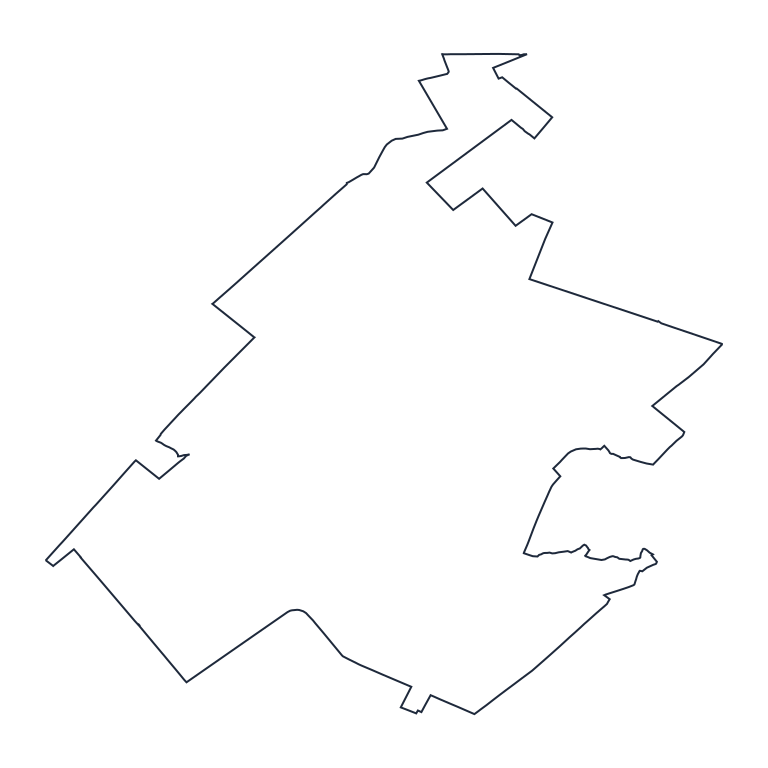 Sinesti, Ialomita, Romania
{"feature_id": "2599482B7496910182319", "entity_name": "Sinesti", "entity_type": "district", "adm_level": 2, "iso_a3": "ROU", "parent_name": "Romania", "parent_adm1": "Ialomita", "projection": "natural_earth1", "projection_center": [26.424, 44.577], "detail": "fine", "context": "isolated", "style": "outline", "palette": "slate", "viewbox_px": 768, "rotation_deg": 0, "n_neighbors": 0, "source": "geoboundaries", "source_scale": "gbopen_adm2", "svg_char_len": 5370}
<svg xmlns="http://www.w3.org/2000/svg" viewBox="0 0 768 768"><path d="M684.3,432.0L652.3,406.0L676.5,386.2L678.3,385.0L688.8,377.0L703.6,364.3L706.6,361.0L713.0,353.9L721.9,344.6L721.9,343.9L710.0,339.8L673.6,327.5L661.3,323.3L658.3,321.1L657.7,321.7L529.4,279.1L545.2,238.9L552.5,222.5L531.6,214.2L515.6,225.8L482.6,188.5L453.2,210.0L426.8,182.6L469.2,151.2L511.5,119.9L520.8,127.6L522.9,129.0L524.7,131.2L528.5,133.9L529.4,134.3L534.4,138.4L543.3,127.9L552.2,117.3L516.6,88.5L516.1,88.7L508.7,82.7L502.2,77.3L498.6,78.6L493.1,67.9L510.0,61.1L527.0,54.2L523.7,54.3L521.7,55.0L519.4,55.2L518.7,54.3L498.1,53.9L462.9,54.2L459.0,54.2L457.6,54.2L450.8,54.2L448.1,54.3L445.5,54.3L443.4,54.3L442.7,54.1L442.2,54.2L442.6,55.2L442.8,55.7L443.4,57.3L443.9,58.5L444.4,60.2L446.8,66.4L448.0,69.4L448.6,71.1L448.7,71.5L448.7,71.8L448.5,72.1L448.2,72.6L447.8,73.1L447.2,73.9L445.9,74.2L444.2,74.6L440.2,75.6L434.4,77.0L430.6,77.9L428.3,78.3L426.6,78.7L424.4,79.3L421.2,80.3L418.9,80.8L447.0,128.8L442.8,130.3L437.3,130.6L427.7,131.8L423.3,133.0L418.3,134.7L407.5,136.9L402.4,138.6L395.7,138.9L391.7,140.7L386.8,144.5L385.8,145.8L384.8,147.1L383.0,150.3L379.3,157.1L374.1,167.6L368.7,173.6L366.8,174.2L363.2,174.1L361.4,174.8L359.0,176.2L356.8,177.4L352.8,179.8L349.2,181.9L348.5,182.3L346.8,182.9L346.8,184.1L346.6,184.4L341.0,189.3L335.4,194.2L323.6,204.8L320.8,207.4L314.6,212.9L298.5,227.4L293.7,231.7L278.5,245.3L252.7,268.3L233.6,285.4L219.1,298.1L213.0,303.5L212.4,303.9L242.4,327.8L254.2,337.3L254.4,337.4L224.4,367.5L221.7,370.3L199.7,393.1L195.9,396.7L194.3,398.5L193.7,399.1L189.4,403.5L183.9,409.0L180.9,412.1L178.6,414.4L164.5,429.6L160.8,433.9L160.5,435.0L156.0,440.6L156.5,441.0L158.1,441.7L160.3,442.5L161.0,442.8L162.1,443.5L163.9,444.8L165.3,445.6L166.5,446.2L169.3,447.3L170.9,448.2L173.6,449.5L175.0,450.7L176.3,452.0L178.0,454.8L178.0,456.3L178.9,456.3L181.1,456.0L184.0,455.1L186.9,454.9L189.6,454.3L186.2,455.8L184.2,458.1L184.0,458.4L180.1,461.3L178.1,462.9L168.0,471.4L159.1,478.8L135.9,460.3L134.6,461.5L123.8,473.6L113.1,485.7L95.8,504.9L93.3,507.5L78.1,524.5L62.5,541.9L59.6,545.0L46.1,560.0L46.3,560.7L53.1,565.9L53.2,566.0L54.0,565.3L60.4,560.2L73.9,549.3L80.8,557.3L80.6,557.5L96.0,575.4L103.6,584.3L134.9,621.1L137.2,623.6L138.1,624.6L138.3,624.4L138.5,624.3L139.4,625.3L139.0,625.6L139.2,625.8L153.2,642.6L162.0,653.1L163.8,655.2L168.0,660.3L175.3,669.0L179.2,673.7L184.2,679.8L186.5,682.3L254.5,635.0L280.6,616.9L287.5,612.1L290.2,610.7L292.0,610.3L294.2,610.1L297.1,609.8L299.2,610.0L303.3,611.3L306.1,613.1L308.4,615.6L313.0,620.4L315.4,623.4L323.5,633.0L341.9,655.3L342.9,656.3L343.5,656.6L345.8,657.8L349.7,659.8L356.0,662.9L358.5,664.2L361.1,665.4L372.0,670.0L382.8,674.7L411.3,686.8L401.6,705.8L400.8,707.4L405.8,709.3L415.0,712.9L416.2,713.4L417.9,710.5L421.4,712.1L425.1,705.2L430.3,695.8L430.6,695.2L433.7,696.5L440.2,699.4L449.8,703.5L458.1,707.0L474.4,714.1L478.6,711.0L480.4,709.6L486.4,705.2L493.2,699.9L500.1,694.6L506.2,690.0L514.3,684.0L522.4,677.9L528.6,673.3L532.1,670.7L535.2,668.0L540.1,663.7L547.5,657.2L554.8,650.7L559.4,646.6L564.1,642.3L569.3,637.5L574.6,632.8L577.9,629.8L581.1,626.9L582.9,625.2L584.4,623.8L586.7,621.8L590.3,618.6L594.2,615.1L596.9,612.7L598.1,611.7L600.0,610.0L604.8,605.9L607.0,603.9L608.0,602.0L609.5,599.5L609.7,599.2L607.4,597.5L604.2,595.2L605.8,594.5L606.8,594.2L608.9,593.5L616.8,591.0L623.3,588.9L628.6,587.1L633.2,585.3L633.9,584.9L634.4,584.5L635.1,582.3L635.4,581.3L636.2,579.0L636.2,578.9L636.8,576.7L637.8,574.2L638.7,572.6L639.5,571.1L639.8,570.8L641.1,571.0L642.3,571.3L646.9,567.7L653.5,564.7L654.9,564.3L656.1,563.7L656.9,561.8L651.6,555.3L652.9,554.4L649.7,552.7L646.9,550.2L645.7,549.5L644.9,549.0L644.3,548.8L644.0,548.8L643.2,548.9L642.7,549.4L642.2,551.0L640.9,553.1L640.4,556.0L640.3,557.4L639.8,558.0L638.4,558.5L636.0,558.8L633.6,559.5L630.3,561.0L628.6,559.8L627.6,559.6L625.5,559.5L619.3,558.8L617.3,557.3L616.0,557.1L614.7,556.8L613.6,556.3L612.4,556.2L609.9,556.9L606.9,558.3L604.9,559.4L601.5,560.0L590.3,558.1L587.5,556.9L585.5,556.2L585.2,555.8L586.3,554.6L588.4,551.4L589.5,550.0L588.6,549.3L588.2,548.6L587.9,547.9L586.8,546.6L586.2,545.6L584.3,544.7L582.7,545.7L581.4,547.0L580.3,548.0L579.8,548.5L578.2,549.0L577.0,549.6L575.4,550.7L573.6,551.4L573.4,551.5L571.2,552.4L571.1,552.5L568.5,551.4L567.7,551.1L563.6,551.7L558.8,552.3L555.1,553.2L552.2,553.4L549.6,552.6L547.4,552.9L544.1,553.0L542.5,553.5L541.5,554.2L539.1,554.9L537.5,556.5L532.8,556.2L529.4,555.1L523.8,553.2L523.9,552.7L527.3,544.8L528.8,541.0L533.5,528.5L536.6,520.7L538.6,515.9L544.7,501.8L547.2,496.2L549.5,490.9L549.7,490.6L550.2,489.5L550.6,488.6L551.5,486.7L553.0,484.5L556.6,480.4L560.3,476.3L553.3,468.5L560.1,461.9L561.7,460.1L565.5,456.1L568.1,453.4L570.9,451.5L573.0,450.6L576.0,449.3L580.9,448.6L585.2,448.5L585.6,448.5L590.0,449.2L595.6,448.9L597.8,448.7L599.9,449.1L600.3,449.4L601.8,448.2L603.4,446.6L604.3,445.8L607.6,449.5L608.4,450.4L609.3,451.8L609.9,453.0L610.4,453.4L611.5,453.9L613.2,453.9L616.7,455.5L619.9,456.9L619.9,457.2L621.1,458.1L624.9,458.0L628.9,457.1L630.4,457.3L631.4,458.6L633.0,459.6L640.6,461.9L646.6,463.5L653.1,464.6L654.2,463.4L658.3,459.2L667.4,449.5L669.9,447.0L671.6,445.6L672.5,444.7L676.5,440.8L681.9,436.5L682.0,436.4L682.7,435.6L682.9,435.3L683.2,434.8L683.4,434.2L683.7,433.5L684.0,432.7L684.3,432.0Z" fill="none" stroke="#1e293b" stroke-width="2"/></svg>